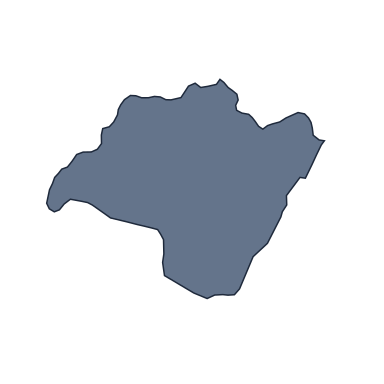 outline of Sapeaçu, Bahia, Brazil, rotated 72°
{"feature_id": "56859067B33676272778576", "entity_name": "Sapeaçu", "entity_type": "district", "adm_level": 2, "iso_a3": "BRA", "parent_name": "Brazil", "parent_adm1": "Bahia", "projection": "orthographic", "projection_center": [-39.225, -12.729], "detail": "fine", "context": "isolated", "style": "filled", "palette": "slate", "viewbox_px": 384, "rotation_deg": 72, "n_neighbors": 0, "source": "geoboundaries", "source_scale": "gbopen_adm2", "svg_char_len": 1343}
<svg xmlns="http://www.w3.org/2000/svg" viewBox="0 0 384 384"><g transform="rotate(72 192 192)"><path d="M149.2,66.6L150.6,79.7L152.5,87.0L152.1,94.5L152.2,99.6L154.1,105.2L150.1,108.4L144.4,110.1L139.9,111.7L135.6,114.1L132.4,120.1L128.1,124.3L123.1,123.7L118.8,119.7L112.9,119.1L107.9,122.3L103.7,125.4L97.7,127.8L93.5,130.6L97.2,135.5L96.4,144.3L95.3,151.4L89.5,155.4L90.2,162.6L94.0,167.3L98.8,173.3L97.9,183.5L96.1,188.4L91.8,192.8L89.5,198.2L88.9,204.3L86.8,210.8L83.1,215.7L81.2,220.7L83.3,227.7L87.0,232.8L90.8,236.6L95.6,239.0L101.2,244.8L104.4,250.5L104.1,257.3L109.8,260.6L118.0,263.1L122.1,268.8L122.8,275.4L120.4,283.3L120.7,290.1L125.8,296.7L129.8,302.8L130.0,308.8L133.0,313.2L135.7,318.1L140.9,322.1L145.8,326.8L157.8,333.7L163.9,332.9L168.3,329.1L168.0,323.6L163.9,317.3L161.3,309.9L166.6,300.1L169.8,294.5L173.6,290.8L185.5,281.9L191.5,277.5L200.3,263.1L206.1,254.0L209.4,248.5L213.6,241.7L217.1,236.3L222.4,234.9L228.5,233.8L242.2,237.9L249.9,241.7L263.0,244.0L288.6,221.5L298.0,210.5L297.0,202.3L299.1,194.4L301.2,189.7L302.8,183.4L298.8,176.7L272.4,153.9L264.1,136.1L243.2,115.2L238.7,112.2L233.6,105.9L224.6,103.3L211.5,84.8L213.9,79.9L203.1,69.5L194.9,61.9L187.2,54.5L184.2,50.3L181.8,55.0L175.5,59.2L168.2,57.8L162.6,57.3L157.6,58.3L152.5,60.8L149.2,66.6Z" fill="#64748b" stroke="#1e293b" stroke-width="1.5"/></g></svg>